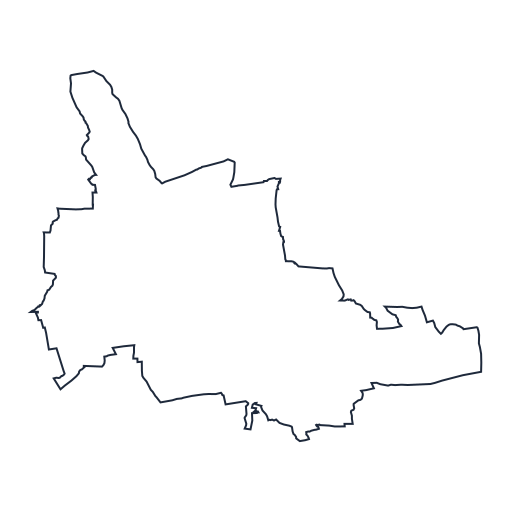 Glavanesti, Bacau, Romania
{"feature_id": "2599482B83875857219872", "entity_name": "Glavanesti", "entity_type": "district", "adm_level": 2, "iso_a3": "ROU", "parent_name": "Romania", "parent_adm1": "Bacau", "projection": "robinson", "projection_center": [27.377, 46.271], "detail": "fine", "context": "isolated", "style": "outline", "palette": "slate", "viewbox_px": 512, "rotation_deg": 0, "n_neighbors": 0, "source": "geoboundaries", "source_scale": "gbopen_adm2", "svg_char_len": 5952}
<svg xmlns="http://www.w3.org/2000/svg" viewBox="0 0 512 512"><path d="M481.1,371.8L481.3,362.7L481.1,353.8L479.9,347.1L478.9,343.4L479.1,334.9L478.4,330.7L477.3,327.2L477.6,327.1L463.5,329.2L463.1,328.4L459.8,326.3L457.5,325.6L455.8,324.6L452.3,324.2L450.2,324.3L448.7,324.9L446.5,326.6L443.7,330.1L442.2,332.6L440.9,333.8L438.7,331.6L435.3,327.1L434.2,323.0L432.9,320.6L426.9,322.3L425.0,315.7L422.6,310.0L421.5,306.6L416.8,307.7L412.3,308.1L407.2,307.7L402.3,306.8L397.1,307.0L384.9,306.6L386.1,307.8L387.6,310.7L392.4,314.3L395.7,315.2L396.3,317.0L397.0,317.7L397.9,319.2L398.1,319.7L397.9,321.6L399.3,324.0L400.4,324.7L401.4,326.1L392.9,328.0L383.1,328.7L377.0,328.8L376.6,325.3L376.9,322.0L376.3,320.3L374.3,319.9L373.5,319.3L373.4,319.0L372.5,318.6L371.7,317.7L370.2,317.6L370.1,313.5L369.8,312.3L367.5,312.0L364.7,309.9L363.7,308.9L361.8,306.0L360.2,304.8L355.9,303.5L354.6,301.2L353.6,300.2L352.9,300.5L351.2,300.6L350.7,299.4L348.6,299.9L348.3,299.5L347.7,299.4L344.8,300.6L340.1,300.5L341.9,299.0L343.5,296.4L343.7,294.3L342.2,290.5L338.9,285.2L334.8,276.9L333.5,273.0L332.5,268.4L329.1,268.1L326.7,268.5L322.4,268.4L298.5,266.4L296.1,263.7L295.1,263.7L294.5,263.3L294.8,262.6L293.3,261.7L291.6,261.3L285.9,261.2L285.8,260.2L285.3,259.3L285.0,255.5L283.0,244.6L283.4,242.0L284.0,241.9L284.0,241.3L283.6,240.1L283.2,239.7L282.9,236.9L282.3,236.8L281.1,236.0L280.4,233.5L280.0,230.8L279.0,230.8L280.2,226.9L279.1,226.4L278.0,221.7L277.5,217.4L275.7,207.4L275.5,204.4L275.7,198.4L276.6,190.2L277.0,189.3L278.2,189.2L277.5,186.6L278.9,183.2L278.9,182.2L279.8,182.6L280.1,181.8L280.1,180.0L280.6,178.6L275.9,178.9L274.5,178.0L269.2,179.1L267.8,180.0L267.0,181.0L263.9,181.0L263.5,182.2L244.7,184.9L238.1,185.5L237.4,185.8L231.4,186.8L230.4,184.7L233.0,179.4L233.4,177.5L234.3,172.2L234.7,162.6L234.2,161.8L227.9,159.3L223.6,161.4L206.5,166.0L201.9,166.9L201.6,167.4L200.6,167.9L199.1,168.3L197.0,169.6L196.3,169.6L192.1,171.9L184.5,175.3L165.3,181.7L162.2,183.4L161.7,183.3L159.6,180.8L156.4,178.5L155.6,177.3L155.2,174.0L154.3,170.9L153.2,169.2L150.9,166.8L149.6,165.0L148.0,162.0L147.4,159.8L146.1,157.0L145.0,155.5L141.3,148.7L140.0,144.2L137.8,138.9L135.9,135.6L133.0,131.8L129.9,126.8L128.4,123.1L128.5,121.8L127.5,118.4L125.4,114.0L122.4,109.8L121.6,108.1L119.4,100.8L118.0,98.8L116.1,97.4L112.6,94.2L112.2,92.9L112.2,89.7L111.4,87.0L110.1,84.8L106.4,81.1L103.4,76.6L102.7,76.0L96.0,72.6L93.6,70.9L87.6,72.5L77.3,74.0L71.3,75.1L70.6,75.6L70.3,78.2L71.0,83.4L70.4,91.6L72.4,97.8L76.6,107.3L79.6,111.4L80.1,113.5L82.6,116.2L83.5,117.5L83.8,119.4L84.4,120.5L85.5,121.6L85.5,122.7L86.2,123.2L87.8,125.9L88.0,127.5L89.1,129.8L89.7,131.7L89.3,132.5L86.8,135.1L87.2,135.9L88.1,136.5L88.6,138.6L88.6,139.2L87.9,140.3L85.1,142.8L83.5,145.5L82.2,148.2L82.1,149.0L82.3,153.5L83.7,155.1L85.4,156.3L85.8,157.2L86.1,159.6L91.4,165.6L92.3,167.0L94.2,172.4L96.1,174.9L94.8,175.0L92.1,176.4L92.0,176.8L91.1,177.4L91.3,177.7L90.3,178.4L90.0,179.1L88.9,178.8L88.2,179.6L91.3,183.8L92.6,184.5L92.6,184.8L95.0,184.9L95.8,189.2L95.6,189.9L95.2,190.2L95.4,191.1L96.0,191.2L96.4,192.5L92.5,192.5L92.8,197.0L92.7,204.7L93.0,204.7L92.8,208.6L84.3,208.7L81.6,209.2L75.8,209.4L59.5,208.7L57.5,208.4L58.3,211.2L58.2,211.9L58.5,212.9L58.5,214.6L58.9,215.7L58.5,217.8L57.7,218.3L56.9,219.8L55.6,220.2L53.0,221.6L52.7,222.1L52.7,223.7L51.0,225.4L50.5,230.6L49.8,232.5L43.7,232.4L44.0,233.3L44.2,236.1L44.0,257.2L43.7,267.0L44.8,270.2L45.1,272.5L54.6,273.9L54.9,275.0L55.9,276.1L55.9,277.7L53.1,280.6L52.9,284.4L52.4,285.7L51.0,286.9L49.2,289.7L47.5,290.3L47.2,291.7L44.8,295.7L44.5,298.4L43.6,300.7L42.9,301.4L42.1,303.9L40.8,305.2L40.1,305.0L39.7,305.3L40.0,305.9L39.3,306.6L38.1,306.5L37.8,307.1L36.8,307.7L34.5,310.0L32.3,310.8L30.7,312.0L37.9,311.8L37.9,312.5L35.8,312.7L35.8,312.9L37.9,317.6L38.4,320.2L41.1,320.1L43.2,327.8L44.8,327.5L46.1,332.9L48.9,349.5L56.5,348.3L63.6,370.9L64.6,373.6L64.1,374.5L62.4,375.9L61.5,376.0L59.8,377.7L58.7,378.0L56.3,377.7L53.7,378.4L60.5,389.3L64.8,385.6L71.4,380.6L76.4,376.2L78.8,373.4L79.1,371.7L79.8,370.6L80.4,370.0L81.9,369.4L84.5,367.0L83.8,366.5L83.8,365.9L102.0,366.6L103.4,365.1L104.4,363.2L104.7,360.6L104.3,356.6L106.6,356.3L108.0,355.5L110.6,354.9L115.9,354.2L112.7,347.9L123.5,346.3L134.3,345.2L134.0,347.1L134.0,352.6L133.4,355.8L133.3,358.6L137.4,358.6L137.5,362.1L141.8,361.7L141.9,370.8L142.3,375.9L143.4,377.8L146.6,381.6L150.8,389.8L152.8,391.9L155.4,396.1L156.4,397.1L160.5,402.4L172.3,400.3L176.9,398.9L181.6,398.4L183.5,397.7L192.0,395.9L203.7,394.3L208.7,394.0L215.7,394.1L221.0,392.8L221.7,393.6L222.4,395.1L223.6,395.4L225.6,404.4L245.7,401.2L248.2,403.2L248.2,403.9L247.8,404.7L245.9,406.4L246.5,414.0L246.2,415.4L244.7,417.5L244.6,418.1L246.3,423.7L246.1,425.3L244.7,428.6L250.5,429.4L252.3,420.6L252.0,413.2L256.8,413.0L256.9,412.5L258.4,412.4L257.9,411.5L256.9,411.6L256.5,411.1L254.7,411.1L255.4,410.5L256.1,408.2L251.9,407.8L252.7,404.6L254.9,403.0L256.4,402.9L255.8,404.3L261.4,405.9L261.1,406.5L261.2,407.3L262.5,410.5L265.9,414.2L267.1,416.3L268.3,420.3L269.4,419.8L270.6,420.1L272.1,419.6L274.0,420.5L276.1,419.5L279.5,422.9L283.8,424.5L289.3,425.7L291.6,426.6L292.0,427.2L292.6,431.4L293.5,434.0L294.7,434.9L296.1,436.9L296.2,438.4L299.8,441.1L305.2,440.2L309.0,439.1L308.7,438.0L307.5,435.7L306.3,434.5L306.4,433.8L306.2,432.1L308.3,431.5L309.6,431.6L311.3,430.7L314.7,429.8L316.0,429.7L318.9,428.8L318.3,426.9L317.2,426.5L316.3,425.4L316.1,425.0L316.6,424.7L317.6,425.0L319.5,424.6L320.0,425.1L329.2,425.6L334.9,426.5L344.7,426.4L344.5,423.9L352.7,423.9L351.9,418.8L351.9,415.7L350.9,412.2L351.1,411.1L351.5,410.6L353.5,409.8L354.2,408.3L353.6,405.1L353.7,403.8L358.4,400.3L360.1,400.0L361.5,399.1L362.0,398.3L362.7,395.6L362.8,394.3L362.6,393.0L361.1,390.8L366.2,390.1L373.9,388.3L371.5,383.0L376.7,382.8L380.3,384.2L388.1,385.6L391.0,384.7L395.1,385.1L401.3,384.7L407.7,385.0L430.4,384.0L434.9,382.9L442.1,380.6L462.9,375.2L481.1,371.8Z" fill="none" stroke="#1e293b" stroke-width="2"/></svg>